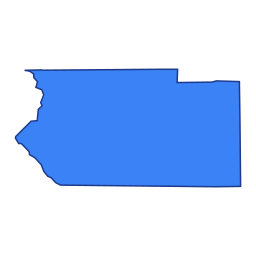 Fremont, Colorado, United States of America (Albers equal-area conic projection)
{"feature_id": "52423323B14267745196837", "entity_name": "Fremont", "entity_type": "district", "adm_level": 2, "iso_a3": "USA", "parent_name": "United States of America", "parent_adm1": "Colorado", "projection": "albers", "projection_center": [-105.647, 38.478], "detail": "fine", "context": "isolated", "style": "filled", "palette": "blue", "viewbox_px": 256, "rotation_deg": 0, "n_neighbors": 0, "source": "geoboundaries", "source_scale": "gbopen_adm2", "svg_char_len": 579}
<svg xmlns="http://www.w3.org/2000/svg" viewBox="0 0 256 256"><path d="M239.9,116.4L239.4,81.6L216.1,80.9L212.4,82.1L181.4,82.5L177.1,82.5L177.6,69.3L158.5,69.3L43.0,70.2L41.5,69.9L24.6,70.3L29.7,71.2L33.7,74.0L33.8,77.6L37.5,81.8L35.9,87.4L41.8,89.7L43.7,94.9L40.7,102.6L42.1,105.8L38.3,109.3L37.2,120.7L31.1,121.2L15.8,136.4L15.4,138.1L18.7,143.5L21.4,143.6L29.0,151.5L29.6,154.7L34.8,157.7L41.3,164.8L43.9,171.5L47.7,176.2L50.9,177.6L55.9,182.8L60.6,185.1L212.4,186.7L217.8,186.7L240.6,186.4L240.3,156.0L239.9,116.4Z" fill="#3b82f6" stroke="#1e3a8a" stroke-width="1.5"/></svg>